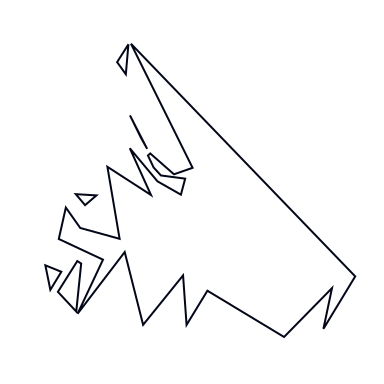 the border of Kommune Kujalleq, rotated 84°
{"feature_id": "GRL-2740", "entity_name": "Kommune Kujalleq", "entity_type": "state/province", "adm_level": 1, "iso_a3": "GRL", "parent_name": "Greenland", "parent_adm1": "", "projection": "orthographic", "projection_center": [-44.745, 61.276], "detail": "coarse", "context": "isolated", "style": "outline", "palette": "ink", "viewbox_px": 384, "rotation_deg": 84, "n_neighbors": 0, "source": "natural_earth", "source_scale": "10m", "svg_char_len": 761}
<svg xmlns="http://www.w3.org/2000/svg" viewBox="0 0 384 384"><g transform="rotate(84 192 192)"><path d="M293.0,38.5L341.8,75.6L302.2,62.8L345.8,115.6L291.8,187.0L323.6,211.3L274.0,209.6L319.0,254.5L244.7,265.2L301.1,318.5L250.0,287.6L224.8,329.4L194.3,319.1L216.1,306.9L231.0,268.9L158.1,273.5L190.7,233.1L142.0,249.3L177.8,225.2L193.5,203.3L178.0,197.4L172.3,221.2L163.6,227.6L151.1,232.0L149.3,229.5L172.5,208.1L168.0,188.9L38.2,237.2L293.0,38.5ZM298.8,319.6L277.3,335.8L248.7,313.3L251.6,309.7L298.8,319.6ZM257.7,330.3L274.5,343.1L249.6,345.5L257.7,330.3ZM38.5,239.8L68.0,245.5L55.0,252.9L38.5,239.8ZM132.7,237.1L109.3,245.7L144.4,232.1L132.7,237.1ZM185.4,287.4L193.9,299.7L182.0,307.8L185.4,287.4Z" fill="none" stroke="#020617" stroke-width="2"/></g></svg>